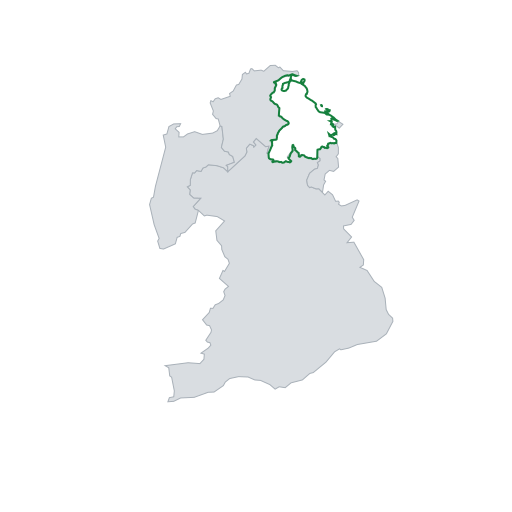 Venezuela highlighted, Robinson projection, rotated 40°
{"feature_id": "VEN", "entity_name": "Venezuela", "entity_type": "country or territory", "adm_level": 0, "iso_a3": "VEN", "parent_name": "South America", "parent_adm1": "", "projection": "robinson", "projection_center": [-65.797, 6.433], "detail": "fine", "context": "with_neighbors", "style": "outline", "palette": "green", "viewbox_px": 512, "rotation_deg": 40, "n_neighbors": 5, "source": "natural_earth", "source_scale": "50m", "svg_char_len": 10566}
<svg xmlns="http://www.w3.org/2000/svg" viewBox="0 0 512 512"><g transform="rotate(40 256 256)"><path d="M282.2,424.3L280.7,420.2L283.5,416.7L280.1,411.8L269.3,403.1L267.0,403.3L261.0,397.7L256.9,398.4L272.6,381.4L282.2,374.5L282.5,368.6L279.5,364.4L276.3,365.8L278.6,357.3L278.7,353.3L276.4,352.0L274.1,353.2L271.7,352.8L270.6,343.4L269.4,341.2L265.2,339.2L262.6,340.6L256.0,339.2L256.5,329.3L254.7,325.3L256.7,323.8L256.1,319.6L257.9,316.4L259.1,310.7L257.7,306.2L254.2,304.1L253.6,301.3L254.5,297.0L242.4,296.7L240.0,288.3L241.8,288.1L240.3,278.7L236.6,276.5L232.6,276.6L225.6,273.0L223.1,270.3L216.0,269.1L209.0,262.6L209.4,249.4L201.0,250.7L192.1,256.3L190.7,258.5L182.6,258.1L179.0,259.3L176.1,258.5L176.5,247.4L171.2,251.7L165.6,251.5L163.1,247.7L158.9,247.2L160.2,244.1L156.6,239.7L153.9,233.1L155.6,231.8L155.6,228.7L159.5,226.6L158.8,222.7L160.4,220.1L160.9,216.7L168.2,211.8L174.4,209.3L180.2,209.6L183.2,186.5L182.2,182.3L179.3,179.6L179.3,174.3L183.0,173.1L184.3,173.9L184.5,171.1L180.7,170.4L180.6,165.8L193.2,166.0L195.3,163.4L198.3,170.1L199.5,169.2L203.1,173.0L208.1,172.5L209.3,170.3L216.8,167.4L217.5,164.3L222.1,162.3L221.8,160.7L216.3,160.1L215.7,150.6L212.8,148.7L214.0,148.1L223.9,150.8L225.7,149.1L237.5,145.2L239.9,142.5L239.0,140.4L242.4,140.1L243.9,141.8L243.0,145.0L245.3,146.1L246.7,149.4L245.0,152.0L243.9,158.2L246.1,165.3L250.0,168.7L253.2,169.1L253.9,167.6L258.8,166.0L260.9,164.1L269.5,165.0L269.7,160.0L275.3,159.9L281.8,162.9L283.8,161.0L285.2,161.3L286.1,163.3L289.2,162.8L291.7,160.0L297.4,148.0L299.6,147.7L304.8,164.4L308.3,165.6L308.5,170.7L303.7,176.7L305.7,178.9L317.0,180.0L317.2,187.3L322.1,182.5L340.9,189.6L344.0,193.9L342.9,197.9L350.4,195.7L362.9,199.5L372.5,199.2L382.0,205.3L390.2,213.4L395.1,215.5L400.6,215.8L402.9,218.1L405.9,231.8L403.1,243.8L390.5,258.7L386.2,267.0L381.3,273.3L379.7,273.4L377.8,278.8L377.8,292.4L374.8,308.5L372.7,311.4L371.2,321.1L364.4,330.6L363.0,338.1L357.8,341.3L356.2,345.7L349.3,345.6L339.4,348.4L334.8,351.7L327.7,353.8L320.2,359.6L314.6,366.8L313.5,372.3L314.3,376.3L311.3,387.2L306.9,391.2L299.5,404.0L289.5,413.2L286.4,420.2L282.2,424.3Z" fill="#d9dde1" stroke="#a8b0b8" stroke-width="1"/><path d="M180.2,209.6L174.4,209.3L168.2,211.8L160.9,216.7L160.4,220.1L158.8,222.7L159.5,226.6L155.6,228.7L155.6,231.8L153.9,233.1L156.6,239.7L160.2,244.1L158.9,247.2L163.1,247.7L165.6,251.5L171.2,251.7L176.5,247.4L176.1,258.5L179.0,259.3L182.6,258.1L188.2,269.8L186.8,272.3L186.4,283.6L183.9,287.2L185.1,289.9L183.6,292.4L186.4,298.5L180.7,310.1L177.5,312.0L171.1,307.8L170.5,304.8L157.9,297.5L141.4,285.0L138.7,279.0L139.7,276.9L134.2,267.3L116.9,230.7L107.2,223.0L109.3,219.8L106.1,212.8L108.1,207.7L113.2,203.1L114.0,206.1L112.2,207.9L112.4,210.5L117.6,210.7L120.3,214.4L123.9,211.4L125.1,206.5L129.1,200.2L136.8,197.3L143.8,189.7L145.8,184.9L144.9,179.4L146.6,178.7L155.9,187.5L159.7,195.1L164.5,196.0L168.0,194.1L170.4,195.4L174.2,194.7L179.2,198.1L175.0,205.6L176.9,205.7L180.2,209.6Z" fill="#d9dde1" stroke="#a8b0b8" stroke-width="1"/><path d="M199.5,169.2L198.3,170.1L195.3,163.4L193.2,166.0L180.6,165.8L180.7,170.4L184.5,171.1L184.3,173.9L183.0,173.1L179.3,174.3L179.3,179.6L182.2,182.3L183.2,186.5L180.2,209.6L176.9,205.7L175.0,205.6L179.2,198.1L174.2,194.7L170.4,195.4L168.0,194.1L164.5,196.0L159.7,195.1L155.9,187.5L146.6,178.7L144.9,179.4L139.0,175.3L137.1,176.4L131.7,175.4L130.1,172.3L122.5,168.2L121.6,166.0L124.0,165.4L123.7,161.8L125.3,159.1L128.5,158.6L133.6,150.2L131.3,148.5L132.5,144.3L131.1,137.6L132.5,135.7L131.5,129.5L128.9,125.7L129.8,122.1L131.8,122.6L133.1,120.5L131.6,116.2L132.4,115.1L135.7,115.3L140.5,110.3L143.2,109.5L144.5,100.9L148.2,97.5L152.2,97.4L152.8,95.9L157.8,96.5L165.3,91.2L168.4,87.7L170.7,88.1L172.4,90.0L171.1,92.5L167.0,93.7L165.3,97.4L161.0,102.1L158.4,111.6L161.7,112.1L163.9,117.0L163.8,124.2L165.4,124.8L166.9,127.3L175.2,126.6L178.9,127.6L183.4,133.8L194.3,132.6L196.6,133.9L194.0,140.2L193.5,145.5L196.8,154.1L193.5,157.7L197.6,161.9L199.5,169.2Z" fill="#d9dde1" stroke="#a8b0b8" stroke-width="1"/><path d="M266.0,164.5L260.9,164.1L258.8,166.0L253.9,167.6L253.2,169.1L250.0,168.7L246.1,165.3L243.9,158.2L245.0,152.0L246.7,149.4L245.3,146.1L243.0,145.0L243.9,141.8L242.4,140.1L239.0,140.4L234.7,134.9L236.4,132.9L236.3,129.5L241.8,127.0L239.6,124.3L240.2,121.6L245.2,117.3L249.4,120.0L253.4,124.8L253.6,128.5L256.0,128.7L262.1,134.8L261.1,141.3L257.2,143.2L256.3,148.7L259.2,154.0L261.3,154.0L262.1,158.1L266.0,164.5Z" fill="#d9dde1" stroke="#a8b0b8" stroke-width="1"/><path d="M232.8,99.9L237.9,99.2L237.6,104.6L231.1,104.8L233.0,102.8L232.8,99.9Z" fill="#d9dde1" stroke="#a8b0b8" stroke-width="1"/><path d="M243.6,116.0L244.8,117.8L244.8,118.0L244.6,118.2L243.9,118.6L243.7,118.8L243.5,119.6L242.5,120.0L241.9,120.6L241.2,121.3L240.4,121.4L240.1,121.7L239.8,122.6L239.5,122.9L239.1,123.4L239.1,123.7L239.7,124.6L239.8,125.0L239.6,125.4L239.6,125.7L240.0,126.1L240.3,126.2L240.7,126.1L241.2,126.1L241.5,126.2L241.6,126.3L241.6,126.6L241.4,127.3L241.2,127.7L239.9,128.3L239.1,129.0L238.4,128.8L238.1,128.8L237.7,129.2L236.6,129.4L236.4,129.5L236.2,129.8L236.0,130.3L236.3,131.3L236.3,131.8L236.5,133.0L236.3,133.3L235.9,133.6L235.4,134.2L234.8,135.0L234.9,135.3L239.0,140.4L239.4,140.7L239.9,141.9L239.9,142.2L239.7,142.6L239.4,143.1L239.0,143.5L237.9,144.1L237.5,145.0L237.3,145.2L236.7,145.5L235.5,145.4L235.0,146.0L234.2,146.2L233.8,147.0L232.1,147.7L230.4,148.2L229.9,148.4L228.3,148.0L227.9,148.1L227.0,148.8L226.6,148.9L226.3,149.0L226.1,149.6L226.0,151.5L225.4,152.1L224.7,152.1L224.2,151.4L223.6,150.9L222.6,149.7L222.3,149.6L222.0,149.6L221.1,149.9L220.3,149.6L217.9,149.7L217.6,149.3L217.3,148.7L216.8,148.2L216.4,148.1L214.3,148.1L214.1,148.0L213.8,147.4L213.4,147.1L213.0,147.1L212.8,147.5L213.5,148.5L213.7,149.1L214.4,149.9L216.3,151.6L216.6,152.2L216.6,153.9L216.6,154.9L217.1,156.4L217.8,157.9L218.0,158.8L217.9,159.5L217.7,159.9L217.8,160.1L218.5,160.4L219.9,160.6L220.7,160.6L222.0,160.7L222.1,161.2L222.0,162.1L221.7,162.6L220.8,162.8L220.1,163.4L219.1,163.9L218.5,164.0L218.0,164.2L217.8,164.4L217.6,165.4L217.3,166.5L216.7,167.1L216.1,167.7L215.4,167.7L214.9,167.7L214.7,167.9L213.8,168.9L213.3,169.2L212.8,169.1L212.2,169.4L211.5,169.8L211.0,170.2L210.5,170.8L209.9,171.5L209.3,172.0L208.6,173.3L208.0,173.3L208.0,172.8L208.3,172.1L208.0,171.5L207.5,171.2L207.2,171.1L206.4,171.5L205.2,172.4L204.8,172.6L203.2,172.8L203.0,172.7L202.4,172.3L199.6,169.4L199.4,168.9L199.5,168.4L199.2,167.7L199.0,166.9L198.9,166.6L198.8,166.0L198.2,164.2L197.9,163.7L198.0,163.3L197.9,163.0L197.7,162.7L197.4,161.7L197.5,161.3L197.4,160.9L196.7,160.3L196.2,159.6L195.6,159.0L195.1,158.7L194.9,158.1L194.8,157.9L194.5,157.9L193.8,157.6L193.2,157.9L193.2,157.5L193.4,157.2L195.4,155.1L196.5,154.1L196.6,153.9L196.8,153.4L195.6,151.4L194.9,150.8L194.5,150.1L194.1,148.5L193.7,147.7L193.6,147.1L193.6,146.4L193.5,145.8L193.3,145.5L193.3,144.3L193.5,142.4L193.6,140.9L193.5,139.9L193.7,139.1L194.3,138.6L194.6,137.8L194.7,136.7L195.1,135.8L195.7,135.1L195.9,134.4L195.7,133.7L195.7,133.3L195.1,132.8L194.1,132.5L193.3,132.5L192.7,132.8L191.4,133.1L189.3,133.4L187.6,133.4L186.3,133.1L185.3,133.2L184.7,133.7L184.2,133.8L183.9,133.6L183.6,133.5L183.2,133.7L181.2,131.0L178.9,127.7L178.7,127.6L177.8,127.7L177.0,127.5L176.1,127.0L175.3,126.7L174.8,126.6L174.3,126.7L173.0,127.3L172.3,127.4L171.7,127.4L170.2,127.1L169.1,127.0L167.4,127.4L166.6,127.1L166.1,126.6L165.4,124.6L164.2,124.3L163.8,124.0L163.7,123.5L163.6,122.8L163.8,120.2L164.4,119.4L164.2,117.9L164.0,117.2L162.5,115.4L161.6,111.9L161.3,111.7L160.9,111.8L160.6,111.7L160.3,111.0L160.0,110.8L159.1,111.3L158.2,111.5L158.0,111.3L158.0,111.1L158.9,109.5L159.9,107.8L160.3,107.0L160.7,104.0L161.2,101.9L162.1,100.1L162.4,99.3L163.5,97.8L163.9,97.3L165.2,96.7L166.7,93.8L167.1,93.3L169.8,92.5L171.2,91.9L171.0,92.2L170.6,92.6L170.1,92.9L167.7,93.6L167.1,94.0L167.1,94.6L167.2,95.1L167.9,96.8L168.1,97.2L169.1,98.0L168.9,98.2L168.5,98.2L168.8,99.3L169.4,100.1L169.4,100.6L168.9,102.2L168.1,103.1L167.5,104.2L167.0,104.6L166.0,106.8L166.8,108.0L166.9,108.7L167.6,109.6L168.0,109.9L168.3,110.3L168.1,110.9L168.4,111.7L168.7,112.2L169.2,112.4L169.7,112.4L171.2,111.8L171.6,111.5L171.8,111.1L172.6,110.2L172.6,109.0L172.8,107.6L172.6,106.6L171.8,105.3L171.5,104.4L170.7,103.5L170.2,102.0L170.0,101.5L169.7,99.8L170.2,99.3L170.2,98.4L171.5,98.1L174.4,96.6L176.1,96.2L178.1,95.4L178.6,95.0L179.0,94.4L179.3,94.3L180.3,94.9L180.9,94.7L181.1,94.2L180.8,93.2L180.2,93.2L178.4,93.6L178.2,93.2L178.2,92.8L177.8,91.7L178.3,90.1L178.8,89.9L179.6,89.6L180.2,90.0L180.5,90.5L180.7,90.9L180.8,92.0L181.1,93.2L181.5,94.0L182.0,94.6L182.4,94.6L182.6,94.5L184.5,94.4L185.7,94.8L187.1,95.0L188.5,95.9L189.8,97.0L190.2,97.8L190.3,98.5L190.7,99.0L190.3,99.5L190.5,100.4L190.9,101.3L191.5,101.8L193.2,102.0L195.1,101.6L197.9,101.3L198.9,101.0L203.6,100.8L204.5,101.2L204.6,102.0L206.1,103.6L207.4,103.8L208.5,104.3L209.6,104.5L210.8,104.9L211.5,104.9L212.0,104.7L212.6,104.7L216.8,102.1L219.1,102.2L219.7,101.8L218.9,101.4L217.0,101.2L216.4,101.5L216.1,100.8L216.7,100.8L218.8,100.6L221.2,100.7L223.2,100.3L224.2,100.2L224.7,100.3L226.3,100.0L229.3,100.3L231.6,100.0L231.3,100.5L230.5,100.7L229.3,100.8L228.4,101.4L226.4,101.3L225.0,101.6L225.4,101.7L225.4,102.4L225.6,102.5L225.8,102.5L226.3,103.0L226.4,103.3L226.6,104.0L226.4,104.7L226.1,105.0L226.6,104.9L227.0,104.6L226.9,104.2L227.0,103.8L227.3,104.0L227.5,104.1L228.3,106.0L228.8,107.0L229.0,106.9L229.2,106.7L229.4,106.3L229.6,106.6L229.8,106.7L229.7,106.3L229.9,105.8L229.8,105.6L230.1,105.5L230.3,105.6L230.7,105.8L231.4,106.4L231.9,107.0L231.9,107.4L232.1,107.6L232.4,107.8L232.5,108.1L232.5,107.6L232.4,107.2L232.3,106.8L233.2,106.8L233.5,106.2L233.9,106.5L235.3,108.1L235.7,108.4L237.1,108.7L238.0,109.4L238.6,110.1L238.3,110.8L237.4,111.1L237.1,111.6L236.9,112.0L236.9,112.5L236.7,113.0L236.5,113.9L236.1,114.7L235.7,115.6L233.3,115.6L234.4,116.3L235.3,117.0L236.0,116.4L237.0,116.4L238.1,115.8L238.5,115.7L240.6,116.0L241.1,115.6L241.5,115.4L242.6,115.5L243.6,116.0ZM219.0,97.2L219.2,98.1L219.1,98.3L218.5,99.0L217.6,99.0L217.3,98.9L217.0,98.4L216.6,98.6L215.7,98.4L215.4,98.3L215.8,97.8L216.6,97.5L216.8,97.8L217.3,98.1L217.8,98.1L217.9,97.6L218.7,96.9L219.0,97.2ZM237.8,113.4L236.9,113.8L236.8,113.1L236.9,112.9L237.8,112.2L237.9,112.3L237.9,112.5L238.2,112.7L238.1,113.1L237.8,113.4ZM210.2,98.8L209.9,99.0L209.3,98.8L208.9,98.6L209.1,98.3L209.7,98.3L210.1,98.7L210.2,98.8ZM238.4,111.7L237.6,111.9L237.8,111.4L238.2,111.3L238.4,111.2L238.6,111.1L238.9,111.2L238.6,111.4L238.4,111.7Z" fill="none" stroke="#15803d" stroke-width="2"/></g></svg>